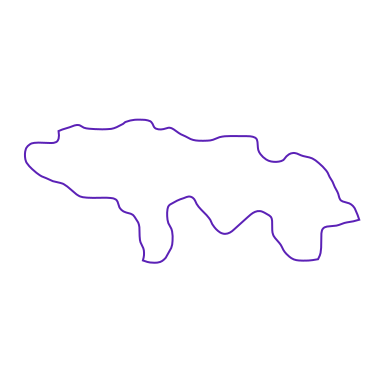 El Pino, Dajabón, Dominican Republic, rotated 271°
{"feature_id": "3306468B80571164490310", "entity_name": "El Pino", "entity_type": "district", "adm_level": 2, "iso_a3": "DOM", "parent_name": "Dominican Republic", "parent_adm1": "Dajabón", "projection": "natural_earth1", "projection_center": [-71.49, 19.399], "detail": "fine", "context": "isolated", "style": "outline", "palette": "violet", "viewbox_px": 384, "rotation_deg": 271, "n_neighbors": 0, "source": "geoboundaries", "source_scale": "gbopen_adm2", "svg_char_len": 3465}
<svg xmlns="http://www.w3.org/2000/svg" viewBox="0 0 384 384"><g transform="rotate(271 192 192)"><path d="M260.8,124.1L258.9,121.9L255.5,115.5L254.4,112.8L253.7,110.1L253.3,105.7L253.1,101.2L253.2,93.6L253.5,87.8L253.8,85.2L254.4,82.8L256.6,78.8L256.9,77.9L257.0,75.8L256.5,73.4L254.6,68.5L252.2,61.2L250.6,57.5L246.3,58.0L243.0,57.7L241.1,56.9L240.2,56.2L239.5,55.2L238.7,52.8L238.5,50.3L238.7,37.8L238.4,33.6L237.8,30.9L237.3,29.8L236.6,28.8L235.1,27.0L233.2,25.6L232.0,25.1L229.5,24.5L227.0,24.3L224.4,24.4L221.8,24.8L219.3,25.6L218.1,26.3L215.0,28.8L212.1,31.8L208.5,36.1L206.2,39.4L205.0,41.5L203.2,46.2L200.4,52.7L198.8,60.1L198.1,62.6L197.5,63.8L195.3,67.2L187.6,76.6L186.2,78.9L185.6,80.2L184.9,82.9L184.5,87.2L184.4,93.1L184.8,106.4L184.6,110.6L184.3,113.2L183.9,114.4L183.4,115.5L182.8,116.5L181.1,117.7L175.4,119.7L174.5,120.3L172.9,121.7L171.6,123.5L171.1,124.5L170.3,126.7L169.2,131.1L168.2,133.1L167.5,133.9L165.9,135.2L160.6,138.7L158.4,139.5L155.9,140.0L146.9,140.4L143.1,140.8L140.8,141.4L134.9,144.3L132.7,144.9L130.3,145.1L128.0,145.1L125.7,144.8L122.7,144.1L121.3,148.6L120.8,151.3L120.6,155.7L120.8,158.6L121.5,161.4L122.6,163.5L124.1,165.3L125.8,166.9L135.7,172.2L139.1,173.1L142.8,173.4L147.6,173.4L152.3,172.8L154.6,172.1L155.6,171.6L160.4,168.9L163.8,168.0L167.4,167.6L170.9,167.5L174.4,167.8L176.5,168.3L177.5,168.8L178.4,169.5L179.1,170.3L183.0,177.1L184.5,180.4L185.7,183.8L186.9,186.7L187.4,188.7L187.4,189.8L187.2,190.9L186.8,191.9L186.3,192.8L184.9,194.3L183.1,195.4L180.2,196.8L177.3,198.9L174.5,201.5L169.1,207.0L166.3,209.4L164.4,210.8L160.2,212.8L157.2,215.0L155.3,216.7L153.6,218.6L152.1,220.7L151.5,221.9L151.1,223.1L150.8,224.4L150.7,225.7L151.1,228.2L152.1,230.6L153.5,232.7L155.2,234.6L167.8,248.1L170.4,251.0L172.0,253.1L173.2,255.3L174.0,257.8L174.1,260.3L173.9,261.6L173.5,262.8L172.6,264.8L170.0,269.5L168.6,271.2L167.6,271.8L166.6,272.2L164.5,272.6L155.2,272.9L152.8,273.2L150.6,273.9L149.5,274.4L147.4,275.9L142.7,280.1L140.8,281.6L138.7,282.8L135.6,284.4L133.6,285.8L131.7,287.5L129.1,290.4L127.6,292.5L126.4,294.9L125.7,297.5L125.4,300.1L125.3,304.2L125.5,309.7L126.0,313.8L127.0,319.2L130.8,320.9L133.3,321.6L138.5,322.1L152.9,322.1L155.3,322.5L156.4,322.8L157.4,323.4L158.3,324.2L159.0,325.2L159.8,327.6L160.9,336.9L161.6,339.4L163.7,344.9L164.3,347.4L165.5,353.8L167.2,359.7L172.1,357.9L178.1,355.2L179.1,354.6L180.9,353.1L182.3,351.4L183.4,349.4L185.2,342.8L186.2,341.0L187.0,340.3L188.8,339.4L192.8,338.2L194.8,337.3L199.6,334.6L204.8,332.3L209.5,329.3L213.7,327.3L215.8,325.8L219.7,322.2L223.3,318.1L225.8,314.9L227.2,312.5L227.8,311.3L228.6,308.8L229.9,302.5L230.6,300.3L232.3,296.2L232.8,293.8L232.8,292.6L232.3,290.2L231.3,288.2L229.3,285.8L226.2,283.4L225.5,282.7L224.5,280.7L223.9,278.3L223.6,275.8L223.6,273.2L223.9,270.6L224.6,268.0L225.8,265.6L228.2,262.4L231.0,259.8L233.1,258.4L235.3,257.5L237.6,257.1L243.1,256.6L245.1,256.1L246.0,255.7L246.8,255.0L247.5,254.0L248.3,251.8L248.7,249.3L248.8,245.3L248.6,229.6L248.3,223.9L247.9,221.2L247.3,218.6L244.6,212.1L243.9,209.4L243.6,206.5L243.4,202.2L243.4,197.9L243.6,195.0L244.1,192.2L244.9,189.7L247.5,184.5L249.5,179.9L250.8,177.7L254.3,172.6L255.4,170.5L255.7,169.4L255.9,168.2L255.8,167.2L254.4,162.4L254.0,159.8L254.1,157.3L254.7,154.9L255.3,153.9L256.1,153.1L256.9,152.6L259.6,151.3L261.3,150.0L262.0,149.1L262.8,146.7L263.3,143.9L263.4,141.0L263.4,136.4L263.2,133.4L262.4,129.0L260.8,124.1Z" fill="none" stroke="#5b21b6" stroke-width="2"/></g></svg>